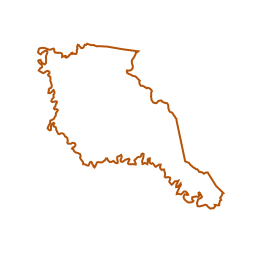 the district of Cândido de Abreu, Paraná, Brazil, rotated 347°
{"feature_id": "56859067B28607618566167", "entity_name": "Cândido de Abreu", "entity_type": "district", "adm_level": 2, "iso_a3": "BRA", "parent_name": "Brazil", "parent_adm1": "Paraná", "projection": "robinson", "projection_center": [-51.26, -24.682], "detail": "fine", "context": "isolated", "style": "outline", "palette": "amber", "viewbox_px": 256, "rotation_deg": 347, "n_neighbors": 0, "source": "geoboundaries", "source_scale": "gbopen_adm2", "svg_char_len": 5769}
<svg xmlns="http://www.w3.org/2000/svg" viewBox="0 0 256 256"><g transform="rotate(347 128 128)"><path d="M55.6,42.3L56.0,44.1L56.5,45.1L58.1,47.0L58.1,48.3L57.9,49.3L57.2,49.9L56.0,50.0L54.0,51.9L55.2,53.3L56.1,53.9L56.8,54.7L57.8,55.5L60.2,54.8L61.2,54.3L62.7,54.3L64.0,55.5L63.9,56.9L62.0,58.2L62.3,59.3L63.3,60.0L63.8,61.0L63.5,62.8L62.9,64.6L63.3,68.0L63.2,69.7L62.7,71.0L61.6,71.8L60.5,71.7L59.5,72.5L59.3,74.0L58.7,74.7L58.3,76.0L59.7,76.5L61.7,75.8L63.1,74.6L64.0,74.2L64.3,75.4L64.4,76.9L63.8,78.0L62.7,79.0L62.6,80.5L62.4,81.6L61.0,82.4L60.1,83.3L59.3,84.6L60.0,85.7L61.6,85.8L63.4,85.7L64.4,86.0L64.6,87.1L63.2,88.4L62.6,89.4L62.1,90.6L61.0,91.3L60.2,92.2L60.6,93.3L62.0,93.4L63.1,93.8L63.7,94.9L61.3,97.1L60.6,98.9L60.2,100.0L59.4,100.5L58.7,101.3L58.0,102.3L55.9,103.0L53.9,103.3L53.2,105.5L52.6,106.4L50.5,108.7L49.6,110.2L50.2,111.5L51.1,112.6L52.2,112.7L52.7,111.8L52.9,110.7L53.3,109.1L54.2,107.7L55.2,106.7L56.7,106.2L57.2,107.0L56.3,107.9L55.9,109.6L57.7,111.0L57.9,112.0L57.6,113.4L58.7,118.0L59.6,118.6L61.1,118.1L62.6,118.3L63.7,119.1L64.4,120.3L64.8,122.2L66.0,123.1L66.5,124.1L66.6,125.5L66.5,126.9L65.6,128.2L65.8,129.6L66.9,129.9L67.7,130.3L69.2,130.4L70.4,130.0L71.6,130.2L72.3,130.7L73.0,131.4L73.1,132.5L72.3,133.7L71.1,134.6L69.7,134.6L68.8,135.5L69.9,136.6L70.1,137.9L70.5,138.7L71.5,140.1L73.6,141.1L75.5,142.8L75.6,144.6L74.6,146.0L74.9,147.4L75.5,149.0L76.5,150.8L76.4,152.1L76.2,153.2L77.1,153.4L78.6,154.2L79.3,154.9L80.0,155.4L81.1,155.7L82.9,153.3L83.8,152.7L84.6,152.7L85.0,153.6L85.2,155.5L85.9,156.7L85.7,157.8L86.5,158.9L87.8,157.6L88.5,156.7L90.1,154.5L91.7,154.6L92.7,155.1L94.4,155.6L95.4,155.5L98.8,154.0L99.6,152.7L100.9,153.0L101.1,154.4L101.6,155.7L102.6,157.0L104.2,157.3L106.4,156.8L107.4,158.5L108.8,159.7L109.9,159.8L110.3,159.0L110.5,157.9L110.4,155.8L111.1,153.7L113.4,153.3L115.3,152.7L115.5,154.2L115.1,155.3L114.5,156.3L113.6,157.2L113.5,159.0L114.8,159.7L115.7,159.6L118.2,158.4L121.9,158.1L122.4,159.1L121.8,159.9L120.5,161.5L120.0,162.5L120.9,163.6L123.5,164.2L124.9,164.3L126.2,164.9L127.3,165.3L127.6,164.2L126.9,161.0L129.0,159.8L129.9,159.1L130.8,158.7L131.7,158.6L132.7,158.8L133.6,158.7L134.4,158.3L134.8,157.4L135.4,156.5L136.6,156.2L137.4,156.9L136.7,159.1L135.7,161.3L134.6,162.9L134.2,164.0L134.1,166.4L135.1,166.3L135.9,165.9L136.8,165.9L138.7,167.6L139.6,165.5L139.8,164.2L140.2,162.9L141.0,162.5L142.4,162.5L141.8,164.7L141.4,165.8L141.7,167.2L142.6,168.1L144.1,167.8L145.4,170.3L145.6,171.3L146.3,172.1L147.1,171.7L150.1,170.7L151.6,171.0L150.9,172.6L150.3,173.5L150.4,174.8L151.4,176.5L152.7,176.2L153.8,176.6L153.7,177.5L153.9,179.8L153.8,181.2L152.8,183.8L153.5,184.7L156.0,184.8L157.8,185.8L157.8,186.8L157.3,187.8L156.6,188.7L156.1,189.7L157.0,191.8L157.8,193.1L159.2,192.4L160.5,191.4L161.6,190.5L162.8,190.6L163.7,190.9L165.2,190.7L163.8,192.6L162.6,193.7L162.1,194.8L161.6,196.4L162.6,196.6L165.2,195.2L166.8,194.0L166.8,195.3L164.5,197.8L161.1,202.1L160.6,203.4L162.5,203.4L164.5,204.6L165.7,204.2L168.1,202.5L169.4,202.6L170.4,203.4L171.4,205.3L171.5,206.6L170.4,206.5L169.7,205.8L168.4,205.5L167.2,206.6L166.6,207.7L166.6,209.2L167.6,211.3L168.2,211.9L168.8,213.0L169.6,213.7L170.4,214.3L172.7,214.6L173.7,214.6L174.8,214.3L175.4,213.7L174.5,212.4L174.6,211.0L175.1,209.9L176.5,210.0L177.7,209.9L179.5,210.2L180.3,210.6L181.2,210.8L182.1,210.0L182.0,208.3L182.2,207.0L183.1,206.9L183.7,208.1L183.9,209.5L184.3,210.7L184.6,211.7L183.7,212.5L180.4,213.2L178.4,216.4L178.2,218.2L178.3,219.8L179.7,220.4L180.8,220.5L184.1,220.4L185.3,220.1L186.8,220.5L187.5,221.1L188.0,222.4L188.8,223.3L189.3,224.2L190.2,225.1L191.7,225.0L193.0,225.5L195.2,224.1L195.2,222.4L198.3,223.7L199.5,223.7L199.6,222.5L200.4,221.5L200.8,220.3L201.3,219.5L202.6,219.1L202.5,217.9L202.0,217.0L202.7,216.1L204.1,215.1L204.9,213.5L206.4,213.0L200.8,204.3L195.6,189.2L193.9,189.0L192.9,189.1L191.6,189.6L190.9,188.6L190.2,187.8L188.2,187.1L187.3,186.5L187.0,185.1L186.1,183.7L184.9,183.4L184.2,182.3L183.2,181.5L182.4,180.6L181.5,179.2L180.5,178.0L180.0,176.6L179.4,175.5L178.0,174.7L177.1,174.1L176.2,173.3L177.0,131.2L177.3,130.0L176.7,129.2L176.2,127.5L175.2,125.2L175.0,124.0L174.1,122.7L172.7,121.9L172.1,120.7L171.9,118.9L171.8,117.4L172.3,115.6L172.2,114.0L171.6,112.6L170.0,112.0L168.6,111.1L167.4,110.2L166.7,108.7L164.4,108.4L163.1,108.8L162.2,109.6L161.3,110.2L159.9,109.8L158.4,108.9L157.7,107.3L157.2,105.7L157.6,103.6L157.4,102.3L158.0,101.5L158.3,99.5L158.6,98.6L159.6,97.5L159.3,96.2L158.6,95.2L157.6,94.0L156.8,93.5L156.0,93.3L154.9,93.4L154.4,92.5L153.5,91.9L152.9,91.0L152.0,90.4L151.1,90.0L149.9,89.7L149.2,87.5L149.4,85.4L150.1,84.6L148.6,82.3L147.6,80.4L146.4,79.1L144.1,78.2L143.4,77.1L141.2,75.7L139.7,74.3L139.5,72.8L140.0,71.7L141.3,72.2L143.4,72.4L144.9,71.8L145.7,71.1L146.4,69.8L146.6,68.9L146.6,67.8L146.4,66.8L146.5,64.6L147.1,62.8L149.5,60.7L151.4,58.6L152.0,57.7L152.6,56.4L153.9,56.2L155.2,55.6L140.1,49.9L126.3,44.1L119.1,42.0L117.4,41.6L116.2,41.5L115.2,40.8L114.1,40.3L113.5,39.5L110.4,38.9L109.6,38.1L108.4,37.6L107.1,36.7L105.8,37.6L104.6,37.2L103.1,39.1L101.8,39.9L100.3,39.5L99.8,38.3L98.9,37.1L98.7,36.1L97.9,35.6L96.9,36.8L96.5,38.3L96.6,39.4L95.4,40.9L95.5,42.0L94.3,44.1L93.3,44.1L92.2,43.4L90.6,43.3L90.7,42.2L89.5,42.3L88.4,43.4L87.3,43.7L86.1,44.8L84.9,45.3L83.9,44.3L83.5,45.3L82.7,44.5L82.5,43.6L81.0,43.7L79.8,44.0L80.1,42.7L80.4,41.6L80.2,40.5L79.1,39.6L77.6,39.1L76.3,39.2L75.1,38.3L74.0,38.2L73.4,36.4L73.8,35.0L73.4,33.9L71.9,33.9L70.5,34.2L68.9,34.1L65.6,31.8L63.7,30.9L61.9,30.6L60.1,30.5L59.0,30.9L57.4,33.9L57.9,35.1L59.4,36.6L60.3,36.1L61.2,35.4L64.3,34.2L66.1,34.4L66.6,35.6L66.3,36.6L64.5,39.1L64.0,40.3L63.7,42.5L63.1,44.8L62.6,46.4L61.2,47.3L60.0,46.3L58.7,44.7L58.0,41.9L56.6,41.9L55.6,42.3Z" fill="none" stroke="#b45309" stroke-width="2"/></g></svg>